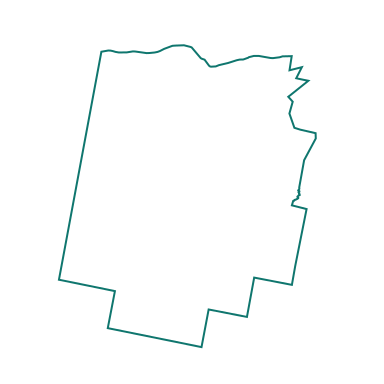 Lincoln, Missouri, United States of America (Albers equal-area conic projection), rotated 280°
{"feature_id": "52423323B2117474870364", "entity_name": "Lincoln", "entity_type": "district", "adm_level": 2, "iso_a3": "USA", "parent_name": "United States of America", "parent_adm1": "Missouri", "projection": "albers", "projection_center": [-90.857, 39.049], "detail": "fine", "context": "isolated", "style": "outline", "palette": "teal", "viewbox_px": 384, "rotation_deg": 280, "n_neighbors": 0, "source": "geoboundaries", "source_scale": "gbopen_adm2", "svg_char_len": 1615}
<svg xmlns="http://www.w3.org/2000/svg" viewBox="0 0 384 384"><g transform="rotate(280 192 192)"><path d="M40.9,228.3L79.2,228.8L78.5,267.8L118.5,268.1L117.9,306.5L136.9,306.5L195.1,307.8L196.2,292.7L200.8,293.2L200.9,293.3L201.0,293.9L201.2,294.1L201.7,294.2L202.1,294.5L202.2,295.0L202.3,295.2L202.6,295.7L202.8,295.8L203.2,296.3L203.3,296.6L203.5,296.9L203.9,297.2L204.2,297.6L204.4,297.7L204.9,297.6L205.1,297.2L205.3,297.1L205.4,296.7L205.6,296.6L205.9,296.7L206.2,297.0L206.5,297.2L207.0,297.4L207.3,297.7L207.3,298.1L207.6,298.6L207.8,298.6L208.1,298.1L208.4,298.0L208.7,298.1L208.9,297.7L209.2,297.6L209.9,297.4L210.2,297.0L210.6,297.1L210.8,297.4L211.0,297.7L211.5,297.6L211.7,297.3L211.8,296.9L211.7,296.6L211.8,296.4L212.0,296.3L212.5,296.6L213.1,296.8L213.3,297.0L213.5,297.1L214.2,297.1L214.6,297.0L215.1,296.8L215.3,296.8L242.8,296.9L266.2,304.6L271.4,303.5L272.2,287.8L273.0,281.7L286.2,274.3L298.4,275.5L302.5,270.3L321.7,287.2L322.1,274.9L334.0,278.5L328.8,266.9L343.1,266.6L341.3,257.6L339.9,254.9L337.9,248.5L337.6,246.1L337.6,234.3L336.7,229.2L334.7,224.7L333.9,223.9L333.3,222.8L331.9,220.4L331.3,219.2L330.7,216.0L329.5,213.1L325.3,205.1L321.6,196.5L319.8,193.6L318.7,188.9L318.8,187.9L319.3,186.9L324.5,181.4L325.0,178.2L325.4,177.3L334.3,166.6L334.6,165.4L335.1,158.6L333.3,150.2L332.6,147.4L331.8,146.0L328.1,139.7L325.3,136.0L324.0,133.8L322.9,131.0L321.5,126.0L320.9,123.2L320.5,111.7L320.2,109.4L318.2,103.6L316.7,95.8L316.7,92.3L317.0,89.7L317.1,87.3L316.8,85.0L314.4,78.4L82.5,76.2L81.7,107.4L81.0,133.3L43.3,132.7L40.9,228.3Z" fill="none" stroke="#0f766e" stroke-width="2"/></g></svg>